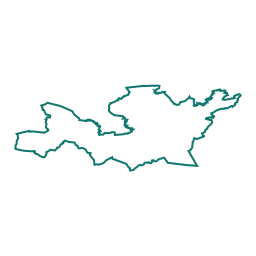 Bunkas pag., Priekules, Latvia
{"feature_id": "27541924B56960431144298", "entity_name": "Bunkas pag.", "entity_type": "district", "adm_level": 2, "iso_a3": "LVA", "parent_name": "Latvia", "parent_adm1": "Priekules", "projection": "robinson", "projection_center": [21.538, 56.525], "detail": "fine", "context": "isolated", "style": "outline", "palette": "teal", "viewbox_px": 256, "rotation_deg": 0, "n_neighbors": 0, "source": "geoboundaries", "source_scale": "gbopen_adm2", "svg_char_len": 5854}
<svg xmlns="http://www.w3.org/2000/svg" viewBox="0 0 256 256"><path d="M42.8,157.2L44.3,157.3L44.8,156.9L46.5,154.1L46.3,152.5L46.4,152.0L47.8,151.6L50.6,149.7L55.0,150.5L57.0,148.2L57.1,147.7L59.1,147.2L60.2,145.8L60.8,144.3L62.0,144.1L62.3,143.3L63.3,143.1L63.5,142.5L63.2,142.0L64.9,140.6L68.8,141.9L74.7,142.6L75.4,144.7L77.4,145.7L77.2,145.9L78.9,148.5L82.3,147.9L85.8,149.4L85.6,149.4L87.3,152.6L90.6,153.2L89.7,154.7L94.1,160.4L94.4,164.6L94.6,164.8L97.0,164.3L98.6,164.7L103.6,163.0L106.2,160.3L112.1,157.3L112.1,158.5L112.3,158.7L126.0,163.8L126.9,164.7L128.6,167.4L129.9,168.2L130.0,169.2L129.8,169.5L130.1,170.5L131.1,170.4L133.6,170.0L135.0,168.3L136.3,167.5L138.8,165.3L140.6,165.0L141.5,165.4L144.0,164.3L144.3,163.1L144.8,162.7L146.3,162.5L147.7,162.8L148.8,162.2L150.2,163.1L151.1,163.2L151.4,163.1L152.2,161.5L151.8,160.6L152.0,160.4L153.5,160.2L153.9,161.0L155.1,161.4L156.4,161.2L158.7,159.3L164.2,157.7L167.8,162.8L184.9,164.9L197.1,165.9L188.6,151.1L189.2,151.0L191.3,149.1L192.3,147.2L192.3,145.3L192.7,143.4L192.5,142.2L193.2,141.6L194.4,138.1L195.8,138.6L196.5,139.2L204.0,136.4L203.8,135.8L202.8,135.5L202.1,133.3L202.7,133.3L205.1,131.6L205.2,130.1L207.1,128.8L207.0,128.6L207.5,128.0L207.6,127.1L210.2,125.0L212.0,122.7L212.0,121.1L211.6,120.0L211.4,120.2L209.0,119.7L206.0,119.0L205.9,118.6L206.9,117.9L208.1,117.8L208.7,118.1L209.0,117.6L209.9,117.3L211.8,117.5L211.6,117.3L211.8,117.1L212.4,117.5L212.9,117.6L213.6,116.7L214.1,116.6L214.1,116.3L212.5,115.6L212.5,115.2L211.6,114.5L211.8,114.0L211.2,113.7L211.3,113.2L213.5,112.5L215.5,111.0L218.4,109.7L221.4,108.8L224.7,108.7L224.7,108.3L225.4,108.1L227.4,108.3L231.5,106.0L232.0,106.1L232.5,106.8L235.2,104.8L234.9,104.3L235.2,103.0L237.2,102.3L237.2,100.9L238.1,100.0L237.6,98.7L240.6,95.6L239.8,94.2L239.4,94.1L234.4,95.8L234.3,96.1L234.6,97.0L234.3,97.2L234.7,97.8L233.0,98.5L231.9,98.4L229.3,99.2L227.3,99.3L225.0,99.9L222.7,99.5L223.2,98.2L224.1,97.4L224.4,96.5L225.8,96.1L226.8,95.3L227.8,95.1L227.7,94.9L227.1,94.2L227.2,93.6L224.8,93.0L225.6,92.5L224.9,92.3L225.3,91.8L224.7,91.2L224.9,91.0L224.3,90.9L224.4,90.5L220.1,90.9L219.8,90.5L220.5,90.2L220.2,89.8L219.7,89.9L220.0,89.5L219.9,89.4L219.3,89.9L218.0,89.9L216.2,90.5L213.5,90.8L213.5,91.1L212.3,91.4L212.4,91.8L213.2,92.3L213.0,92.7L213.7,93.1L212.4,93.6L212.7,94.3L211.9,94.5L211.7,94.8L211.9,95.2L210.4,96.7L210.4,97.0L211.3,97.5L210.8,97.7L211.5,98.1L210.5,98.7L210.7,99.0L209.8,99.2L210.3,99.5L210.0,99.7L208.8,99.5L209.0,99.2L208.8,98.8L207.6,98.9L207.8,98.6L206.1,99.2L205.8,99.8L207.0,100.0L206.7,100.5L206.9,100.7L206.5,100.8L207.4,100.9L208.0,101.8L208.4,101.7L207.1,102.1L207.3,102.4L206.2,102.4L206.1,102.9L205.2,102.8L204.8,103.1L204.9,103.4L204.3,103.4L204.3,103.9L203.7,104.0L204.0,104.5L203.8,104.9L204.0,105.0L203.1,105.5L202.2,105.1L201.7,104.0L201.1,104.4L200.1,104.0L200.7,103.6L200.2,103.2L199.4,103.4L199.9,103.8L199.4,103.9L198.6,103.1L197.7,103.6L197.3,103.3L197.5,104.4L197.0,104.7L197.3,105.0L197.1,105.3L195.4,105.5L195.5,105.9L194.5,105.9L194.7,105.5L195.2,105.4L194.0,105.0L194.6,104.5L193.7,101.8L194.2,99.5L192.3,98.6L191.0,98.5L189.7,97.7L189.4,96.7L188.3,98.4L184.7,101.2L180.2,102.2L179.2,104.5L176.4,104.9L174.9,103.8L173.8,103.8L173.6,103.1L170.8,100.1L169.8,98.2L164.4,93.3L165.0,92.0L162.6,91.9L161.0,92.9L159.4,92.9L158.2,93.5L158.0,93.0L157.6,93.5L155.9,93.5L154.9,92.8L155.3,92.5L154.9,92.2L155.1,91.8L154.8,91.6L155.5,91.2L155.0,90.7L155.4,90.8L156.2,89.6L159.0,88.3L159.5,86.0L157.7,85.5L154.4,86.0L153.9,85.6L144.2,86.1L144.1,85.8L126.8,87.7L126.9,88.0L126.5,88.1L129.6,92.0L128.8,93.2L128.9,93.4L128.7,93.5L128.2,94.9L125.2,95.8L124.3,96.6L123.8,96.3L122.3,97.6L121.2,98.9L119.4,98.1L118.9,98.3L119.0,98.5L118.6,98.7L118.9,99.1L118.0,99.9L118.1,100.4L116.9,100.3L114.9,101.7L111.6,103.0L110.8,103.0L110.8,103.5L110.0,103.7L109.0,105.8L109.3,107.8L109.0,108.7L108.9,110.9L111.4,113.4L112.7,113.9L113.9,115.1L122.8,116.2L123.5,117.6L123.0,118.5L124.4,118.1L124.1,117.7L124.3,117.4L124.6,117.6L125.2,119.5L126.7,119.7L125.5,120.6L126.8,121.0L126.5,121.8L126.1,122.0L125.3,121.5L124.7,122.2L124.8,122.6L125.4,122.6L125.0,123.7L125.4,123.8L125.6,124.4L125.5,125.1L124.7,125.3L124.9,125.7L126.2,125.7L125.4,126.2L126.2,127.3L127.4,127.6L127.2,127.2L127.6,127.1L128.2,127.9L129.0,127.6L129.6,128.2L130.6,128.4L130.1,128.8L130.4,129.0L130.9,129.0L130.9,128.6L131.7,128.8L131.3,128.3L132.0,128.1L132.4,128.6L132.0,129.2L133.0,129.4L130.8,130.7L131.1,131.1L131.9,131.0L132.0,131.3L131.8,131.6L129.4,132.9L128.3,132.9L128.3,133.2L127.7,133.7L125.0,133.5L124.0,134.2L114.9,135.0L114.7,132.3L111.6,132.2L110.0,133.0L104.4,133.1L103.4,134.6L100.2,134.6L99.2,135.0L99.1,134.8L99.8,134.2L99.8,133.8L99.2,133.4L99.4,132.8L98.6,132.4L99.2,132.0L99.1,131.3L100.6,131.2L100.3,130.7L99.8,130.6L99.4,129.7L98.8,129.4L99.3,128.9L99.3,127.6L100.1,126.9L100.1,126.3L98.8,126.2L99.0,125.6L98.8,125.5L98.4,126.0L97.8,126.0L97.4,125.6L97.6,125.2L96.1,124.5L96.0,124.2L96.3,124.0L95.9,124.0L95.8,123.6L96.1,123.6L96.4,123.0L95.6,123.1L95.6,122.8L94.9,122.5L94.0,122.6L93.8,122.3L93.9,121.7L93.5,121.7L93.1,121.0L92.2,121.0L91.6,120.5L90.7,120.6L90.6,120.3L90.9,120.1L90.7,119.9L89.6,119.9L89.5,120.3L88.9,120.4L88.2,119.8L88.0,120.2L87.4,120.2L87.6,120.5L86.7,120.4L86.5,121.1L79.4,120.0L79.6,119.5L79.1,118.4L74.5,114.8L72.1,111.1L60.0,105.9L47.4,102.8L44.9,104.5L41.3,105.5L42.0,107.0L42.6,107.6L42.5,109.6L42.9,110.1L43.8,110.0L46.0,114.4L50.3,115.6L49.8,117.6L47.4,117.2L45.8,119.3L46.5,119.5L45.7,122.0L46.6,124.1L45.8,127.0L46.9,128.6L48.2,129.5L48.2,130.5L44.3,132.7L31.8,131.3L31.6,131.6L28.9,131.6L28.9,130.9L16.7,133.9L17.7,135.2L18.2,138.0L16.7,141.0L16.6,144.0L15.7,145.4L15.4,146.9L15.7,147.4L15.4,148.8L16.3,149.2L23.7,150.7L31.5,151.3L34.7,151.1L34.8,151.7L34.1,151.8L34.1,152.0L35.0,153.5L37.1,153.9L39.9,155.9L42.8,157.2Z" fill="none" stroke="#0f766e" stroke-width="2"/></svg>